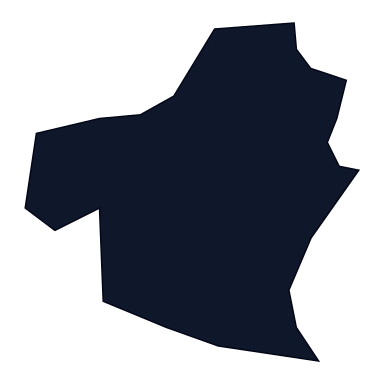 outline of Kataliontas, Nicosia, Cyprus
{"feature_id": "46923920B20268452338603", "entity_name": "Kataliontas", "entity_type": "district", "adm_level": 2, "iso_a3": "CYP", "parent_name": "Cyprus", "parent_adm1": "Nicosia", "projection": "mercator", "projection_center": [33.308, 34.99], "detail": "fine", "context": "isolated", "style": "filled", "palette": "ink", "viewbox_px": 384, "rotation_deg": 0, "n_neighbors": 0, "source": "geoboundaries", "source_scale": "gbopen_adm2", "svg_char_len": 409}
<svg xmlns="http://www.w3.org/2000/svg" viewBox="0 0 384 384"><path d="M358.8,170.2L339.2,166.3L327.3,142.4L336.8,118.5L346.3,80.3L310.7,68.4L296.4,49.3L294.1,23.0L214.6,29.0L173.8,96.1L140.3,114.8L99.5,118.5L36.4,133.4L25.2,208.0L54.9,230.4L99.5,208.0L103.2,301.3L166.3,327.4L218.3,346.0L318.6,361.0L296.3,327.4L288.9,290.1L311.1,237.9L358.8,170.2Z" fill="#0f172a" stroke="#020617" stroke-width="1.5"/></svg>